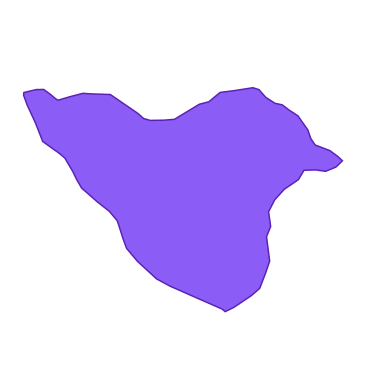 the district of Quebracho, Cerro Largo, Uruguay, rotated 82°
{"feature_id": "84410073B4065456644538", "entity_name": "Quebracho", "entity_type": "district", "adm_level": 2, "iso_a3": "URY", "parent_name": "Uruguay", "parent_adm1": "Cerro Largo", "projection": "equal_earth", "projection_center": [-54.796, -32.593], "detail": "fine", "context": "isolated", "style": "filled", "palette": "violet", "viewbox_px": 384, "rotation_deg": 82, "n_neighbors": 0, "source": "geoboundaries", "source_scale": "gbopen_adm2", "svg_char_len": 990}
<svg xmlns="http://www.w3.org/2000/svg" viewBox="0 0 384 384"><g transform="rotate(82 192 192)"><path d="M315.1,175.8L312.2,166.9L302.9,147.7L296.9,138.4L281.8,130.0L271.2,124.7L246.6,124.4L237.1,118.9L222.2,118.9L211.4,111.3L202.2,100.3L194.5,84.8L186.1,78.1L187.3,66.7L190.1,56.8L187.3,45.9L182.0,38.7L177.4,42.4L170.3,49.6L162.5,63.6L155.6,66.9L146.5,68.7L138.8,72.7L131.3,76.5L124.8,84.0L118.2,90.6L115.7,97.5L108.5,105.8L99.9,111.5L97.2,117.2L97.5,135.8L97.3,150.3L105.0,162.8L106.1,172.5L117.6,199.3L116.9,210.7L116.1,216.6L115.3,223.4L112.5,229.7L106.9,234.4L84.1,259.3L80.6,279.4L79.1,286.1L80.6,299.4L82.5,312.0L79.9,314.8L75.6,318.6L69.8,324.6L68.9,332.0L70.1,344.7L72.7,345.3L83.1,343.1L101.5,337.5L121.2,332.8L127.8,325.9L135.8,317.5L140.7,313.2L155.1,307.2L163.6,304.5L172.7,300.8L189.1,286.7L199.6,276.6L210.1,270.0L229.6,266.6L238.8,264.6L253.3,255.5L273.3,239.0L282.3,226.7L301.0,196.5L312.1,178.5L315.1,175.8Z" fill="#8b5cf6" stroke="#5b21b6" stroke-width="1.5"/></g></svg>